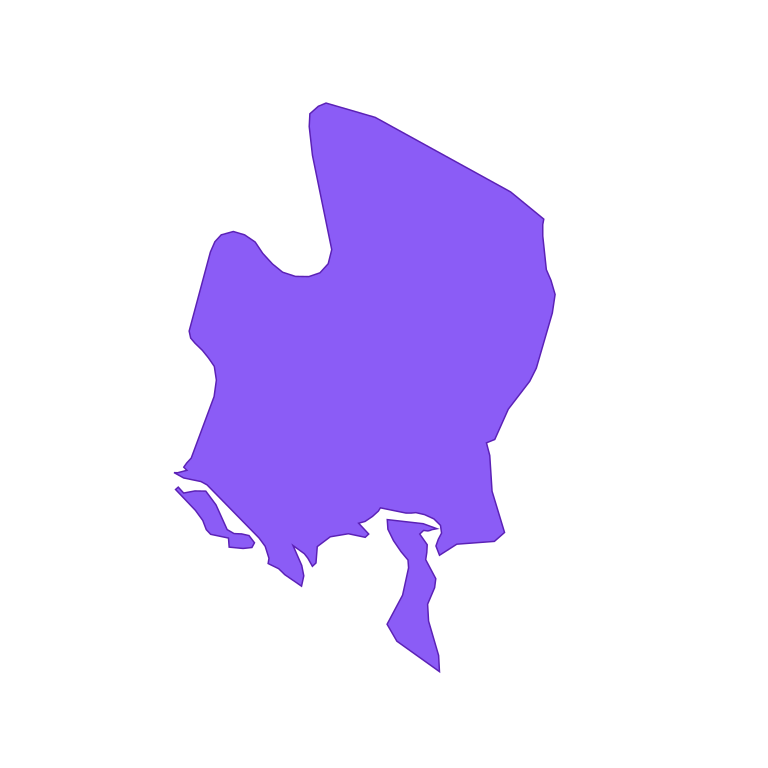 map outline of Bà Rịa - Vũng Tàu (Equal Earth projection), rotated 317°
{"feature_id": "VNM-495", "entity_name": "Bà Rịa - Vũng Tàu", "entity_type": "Province", "adm_level": 1, "iso_a3": "VNM", "parent_name": "Vietnam", "parent_adm1": "", "projection": "equal_earth", "projection_center": [107.178, 10.562], "detail": "fine", "context": "isolated", "style": "filled", "palette": "violet", "viewbox_px": 768, "rotation_deg": 317, "n_neighbors": 0, "source": "natural_earth", "source_scale": "10m", "svg_char_len": 1817}
<svg xmlns="http://www.w3.org/2000/svg" viewBox="0 0 768 768"><g transform="rotate(317 384 384)"><path d="M176.8,436.3L181.0,433.0L186.4,421.7L187.6,411.4L185.8,337.1L183.6,330.5L173.4,316.1L170.0,305.6L172.5,308.1L181.0,312.7L180.8,308.3L181.0,308.2L186.0,307.2L192.5,306.7L251.2,277.3L264.1,266.8L271.9,255.4L273.4,245.3L274.1,235.5L273.6,225.4L273.9,218.6L277.6,212.4L347.0,169.1L357.4,164.6L366.7,163.9L377.8,169.7L383.8,179.9L386.6,192.3L384.4,205.8L384.3,220.2L386.1,233.1L392.6,244.9L402.3,254.2L413.0,259.0L425.2,258.0L437.4,250.1L487.6,168.0L504.9,144.7L514.1,135.8L525.4,136.1L533.2,139.0L559.4,183.0L607.6,329.9L613.3,372.4L608.8,375.7L601.0,384.1L580.7,411.1L576.8,422.1L570.2,435.2L555.5,446.9L506.2,476.3L492.4,481.4L457.7,487.2L427.2,500.1L418.8,496.9L412.6,508.4L389.9,536.1L370.9,574.8L357.4,574.4L328.0,550.8L307.8,547.1L311.5,537.9L317.8,534.6L324.4,532.3L328.9,525.9L328.5,516.7L324.6,507.2L319.6,499.8L315.8,496.9L312.0,493.3L296.9,472.1L293.2,473.1L285.3,473.0L276.4,471.6L270.5,468.5L270.5,483.3L265.7,483.3L255.8,469.2L240.5,459.1L224.3,457.4L212.2,468.5L207.3,468.5L209.5,459.5L210.0,453.8L207.3,440.1L200.1,460.6L194.5,469.6L185.8,475.6L181.4,455.8L181.0,447.2L176.8,436.3ZM293.9,485.4L317.4,512.9L324.0,525.9L319.7,523.2L317.6,522.4L315.9,521.4L313.1,518.1L307.8,518.1L306.0,531.0L300.4,536.4L294.7,540.9L289.1,561.7L282.1,567.5L265.7,574.8L254.9,587.8L238.8,619.8L228.4,632.2L218.0,580.9L222.4,561.8L253.6,551.1L276.6,535.2L281.5,529.1L282.1,518.3L284.1,505.1L287.8,492.9L293.9,485.4ZM163.2,319.1L163.1,327.1L172.7,333.2L180.6,340.8L178.7,357.8L170.0,383.5L172.3,391.1L177.7,396.6L181.9,402.8L181.0,411.8L175.9,413.5L168.8,408.2L159.5,397.7L165.2,390.6L154.7,375.7L154.7,369.3L158.4,360.2L159.9,347.8L159.6,319.0L163.2,319.1Z" fill="#8b5cf6" stroke="#5b21b6" stroke-width="1.5"/></g></svg>